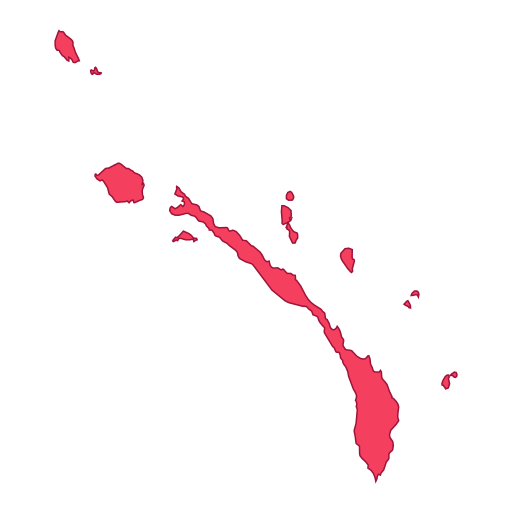 map outline of New Ireland (Equal Earth projection)
{"feature_id": "PNG-1255", "entity_name": "New Ireland", "entity_type": "Province", "adm_level": 1, "iso_a3": "PNG", "parent_name": "Papua New Guinea", "parent_adm1": "", "projection": "equal_earth", "projection_center": [151.706, -3.097], "detail": "fine", "context": "isolated", "style": "filled", "palette": "rose", "viewbox_px": 512, "rotation_deg": 0, "n_neighbors": 0, "source": "natural_earth", "source_scale": "10m", "svg_char_len": 6024}
<svg xmlns="http://www.w3.org/2000/svg" viewBox="0 0 512 512"><path d="M398.7,406.9L397.8,414.0L397.7,417.2L398.7,420.6L396.3,424.2L390.7,430.4L389.5,434.7L389.8,437.2L392.8,441.7L393.3,445.5L392.7,449.6L392.0,450.7L389.7,452.6L388.9,454.0L388.9,458.4L388.3,459.6L386.3,462.0L383.7,469.9L381.0,473.1L380.4,475.1L378.3,474.3L377.4,476.1L376.9,478.9L375.8,481.3L375.0,477.4L373.5,473.6L371.2,470.4L367.9,468.1L368.2,465.0L365.6,461.7L362.2,458.6L360.0,455.7L359.6,453.7L359.5,446.6L359.0,445.7L356.2,443.5L356.0,442.6L355.2,436.2L354.3,432.0L354.2,430.3L356.1,423.3L357.3,409.5L356.2,406.4L356.8,404.9L356.7,403.2L356.3,401.6L355.5,400.3L356.4,397.8L356.5,395.5L355.8,393.3L353.3,388.9L348.6,376.3L348.0,372.6L347.3,370.4L345.7,366.8L343.7,364.1L342.9,362.4L342.5,360.2L340.8,358.3L340.5,357.6L340.4,356.1L339.7,353.5L339.2,352.7L338.4,352.3L336.7,352.2L335.9,351.8L334.3,348.0L332.6,346.4L324.5,332.9L324.2,331.6L324.6,328.6L324.5,327.6L322.2,325.3L319.8,322.2L318.8,320.4L317.7,316.9L316.3,316.0L313.0,314.8L311.7,311.2L309.0,309.2L306.5,306.6L304.7,306.3L302.8,306.3L288.6,302.6L284.9,300.7L271.9,290.0L253.1,265.0L251.6,263.7L245.7,261.8L239.9,258.7L239.1,257.9L238.0,255.7L237.6,253.2L237.2,252.2L235.8,250.4L229.5,245.7L227.0,243.3L222.6,241.0L219.5,237.2L216.1,236.1L214.8,235.2L214.2,233.3L211.9,230.2L209.2,230.0L209.2,229.0L209.0,228.5L206.3,225.8L205.7,224.1L203.3,222.0L199.0,221.1L198.2,220.4L196.0,217.3L194.5,216.1L191.2,215.3L188.5,213.5L186.5,213.3L179.1,215.2L175.1,215.2L171.7,213.8L169.7,210.7L169.8,209.2L170.5,207.3L171.7,206.4L175.0,208.7L177.1,207.7L180.8,204.6L182.8,206.6L184.4,204.6L184.4,201.8L182.0,201.0L183.5,199.1L183.3,197.7L182.2,196.9L178.0,196.0L174.9,194.0L176.9,188.7L176.5,187.2L176.7,186.4L178.8,187.8L181.1,191.8L184.7,194.4L185.2,196.0L188.6,198.4L191.0,202.5L192.0,203.7L196.8,204.9L198.8,206.3L200.5,210.7L201.6,211.3L203.9,211.9L210.9,215.9L212.9,218.7L213.6,223.6L215.3,226.7L219.2,227.8L226.3,227.5L227.4,227.8L229.0,230.7L229.9,231.2L232.5,230.2L234.6,230.8L236.4,231.8L239.7,235.4L242.7,240.3L246.3,240.7L251.7,246.1L252.8,246.0L260.2,252.2L262.0,254.8L264.6,259.9L266.7,261.7L269.2,261.1L269.8,264.3L270.9,266.5L272.4,267.7L273.7,268.1L277.3,267.8L278.4,268.1L280.3,269.5L281.5,269.8L282.9,269.0L283.9,269.7L285.5,271.7L287.3,273.4L290.6,273.4L291.5,273.8L292.8,275.1L295.2,275.3L295.5,277.5L295.4,279.6L296.6,280.4L300.8,286.1L305.5,295.3L308.0,299.1L310.9,302.4L314.4,305.1L321.1,309.3L322.6,311.4L324.4,312.8L324.8,313.5L325.4,318.3L325.8,318.8L327.2,319.6L327.5,320.3L329.2,323.5L330.0,326.5L330.7,328.0L332.6,329.7L334.5,329.6L336.2,328.2L337.2,326.3L338.5,328.1L339.8,330.6L340.7,333.2L341.5,336.8L343.3,339.3L343.7,340.8L342.9,344.9L343.4,346.4L345.1,348.8L345.0,349.2L347.0,350.0L349.3,350.1L351.7,350.7L356.8,356.2L360.4,358.4L362.3,358.9L364.4,359.0L366.3,357.9L367.7,356.0L368.8,355.7L370.0,359.0L370.6,364.2L372.3,367.8L373.3,371.0L375.2,372.0L379.1,372.1L380.5,370.4L381.4,372.0L381.7,377.4L382.7,379.3L385.7,382.7L387.0,384.4L389.5,391.5L392.0,396.6L391.8,397.7L393.6,398.6L395.9,401.1L397.9,404.1L398.7,406.9ZM143.5,183.4L144.1,185.3L142.6,188.9L142.2,190.9L142.5,194.8L143.5,197.5L142.9,199.0L142.2,199.6L140.2,200.2L134.6,202.7L133.9,202.6L133.0,200.0L131.6,200.4L130.0,201.6L129.1,202.8L127.1,201.0L125.6,201.6L116.9,202.3L116.0,201.9L115.2,201.1L112.1,196.6L109.2,194.1L107.6,187.8L103.6,181.3L102.2,179.9L100.0,180.9L97.2,179.1L95.1,176.3L95.1,174.5L95.8,174.0L97.0,175.2L97.7,175.4L98.6,174.9L105.5,168.5L109.4,167.9L110.4,167.1L114.3,165.2L114.4,164.9L115.6,164.6L117.6,163.4L118.9,163.1L121.1,164.2L126.3,168.5L128.4,168.5L131.7,170.6L132.7,171.0L134.3,172.8L136.9,173.7L139.6,175.0L141.8,177.2L142.9,180.3L142.2,184.3L143.5,183.4ZM73.7,47.1L75.3,52.0L76.4,54.4L78.4,58.3L79.3,60.8L77.7,61.0L75.5,62.5L74.1,62.6L73.2,62.2L72.1,60.0L70.6,58.3L68.9,57.2L68.8,61.0L67.2,60.3L63.9,56.4L63.0,56.1L62.0,55.1L60.1,52.4L59.3,50.6L58.8,50.3L57.0,50.2L55.7,48.2L55.2,45.9L55.1,40.9L58.2,32.3L59.0,30.7L59.6,31.5L60.4,31.7L62.6,31.7L63.5,32.1L65.6,35.2L71.4,39.6L72.7,41.3L73.0,42.9L72.9,45.7L73.7,47.1ZM352.3,258.3L352.7,259.1L353.9,259.4L354.3,260.1L354.3,261.4L352.3,268.7L352.6,271.2L351.6,272.5L350.7,271.9L347.7,268.6L342.1,260.4L341.3,258.8L340.5,256.1L340.9,253.3L345.0,248.7L348.7,248.2L352.3,249.6L352.1,256.7L352.3,258.3ZM291.4,218.7L290.7,220.5L288.9,221.9L283.2,224.5L282.1,223.5L282.1,219.6L281.4,211.8L281.9,205.7L284.0,205.7L288.1,207.7L291.1,210.7L291.0,211.9L291.3,214.4L291.1,216.9L289.5,217.8L290.1,219.7L291.4,218.7ZM193.9,238.1L196.6,238.4L197.1,239.8L195.5,240.4L193.9,241.6L193.3,239.6L192.3,239.2L189.9,239.8L185.7,239.8L181.0,238.4L178.9,238.4L177.6,240.7L176.1,240.0L174.5,241.1L173.3,241.6L172.7,240.9L173.5,239.5L175.6,237.2L177.1,237.6L179.4,235.6L183.4,231.1L189.1,233.7L191.3,235.4L193.0,237.5L193.9,238.1ZM297.0,232.9L297.6,234.4L297.7,238.0L296.2,240.1L295.1,243.0L292.6,243.1L289.4,236.5L289.6,231.9L289.2,230.3L287.1,229.1L286.2,227.5L286.9,227.5L286.8,225.8L287.5,224.0L288.5,223.4L289.5,224.9L290.7,227.7L292.4,230.3L294.4,232.0L297.0,232.9ZM449.1,377.4L448.4,378.3L449.6,383.8L448.3,387.9L445.7,388.9L443.2,385.2L442.1,385.1L441.9,383.5L443.0,380.5L445.3,376.5L447.1,375.1L448.7,375.1L449.1,377.4ZM288.5,200.2L286.4,198.7L286.4,195.5L287.8,192.5L290.1,191.4L291.6,192.4L292.9,194.6L293.7,196.6L293.7,197.5L292.7,199.8L291.8,200.2L288.5,200.2ZM99.5,72.7L100.8,72.6L101.3,73.0L100.7,73.8L99.1,74.4L96.6,74.2L94.1,72.8L93.3,73.1L92.9,74.1L92.1,74.3L91.2,73.3L90.7,71.6L90.7,70.3L91.4,70.0L93.6,70.9L94.5,69.9L94.9,67.7L95.6,67.3L96.7,68.9L97.3,70.7L98.0,72.2L99.5,72.7ZM414.5,291.0L417.0,291.0L418.4,292.3L418.9,294.5L418.4,297.1L417.3,294.9L415.4,294.7L413.3,295.3L411.2,295.5L411.7,294.0L412.5,292.8L414.5,291.0ZM404.0,304.2L406.8,301.2L407.9,300.7L409.6,303.7L410.4,305.6L410.5,307.8L409.7,307.2L409.2,307.8L408.0,306.4L405.2,305.1L404.0,304.2ZM454.3,372.1L456.1,372.5L456.9,374.1L456.8,376.1L455.6,377.4L454.3,377.2L452.1,375.2L450.4,375.6L451.2,374.3L454.3,372.1Z" fill="#f43f5e" stroke="#9f1239" stroke-width="1.5"/></svg>